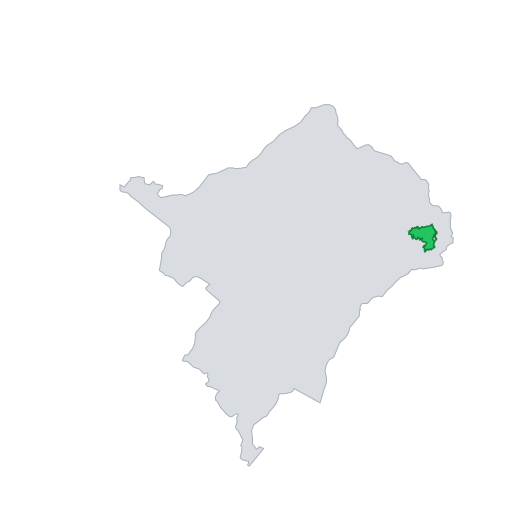 Watsa, Orientale, Democratic Republic of the Congo (highlighted), rotated 39°
{"feature_id": "63176286B47500153281287", "entity_name": "Watsa", "entity_type": "district", "adm_level": 2, "iso_a3": "COD", "parent_name": "Democratic Republic of the Congo", "parent_adm1": "Orientale", "projection": "robinson", "projection_center": [29.312, 2.77], "detail": "fine", "context": "in_parent", "style": "filled", "palette": "green", "viewbox_px": 512, "rotation_deg": 39, "n_neighbors": 0, "source": "geoboundaries", "source_scale": "gbopen_adm2", "svg_char_len": 8581}
<svg xmlns="http://www.w3.org/2000/svg" viewBox="0 0 512 512"><g transform="rotate(39 256 256)"><path d="M398.2,329.8L368.9,335.1L369.5,336.9L369.3,338.9L368.5,340.4L365.5,344.5L361.1,348.3L361.1,349.2L363.3,353.4L364.7,359.2L364.4,369.3L365.0,372.0L364.9,374.2L363.4,376.5L360.5,388.7L362.4,394.6L368.2,400.1L371.6,404.2L377.3,405.7L378.2,405.5L378.6,402.1L383.1,400.8L383.1,422.5L382.7,423.7L381.9,424.0L380.8,423.3L380.5,421.2L379.3,420.4L373.7,423.0L372.3,423.0L370.8,422.5L369.7,421.4L369.3,419.7L365.4,413.4L363.5,413.0L361.4,407.3L352.6,403.1L349.3,402.8L347.5,401.5L345.8,397.0L342.9,394.1L342.2,390.9L341.6,390.5L339.9,391.1L338.3,396.2L336.4,397.4L332.8,397.5L323.8,396.0L317.4,393.4L315.7,393.6L313.2,391.2L312.1,387.3L312.7,384.3L312.2,383.9L302.5,386.4L300.1,387.9L297.9,387.5L297.2,386.7L298.2,384.6L297.7,382.4L297.0,381.4L294.1,380.5L293.1,378.1L291.4,377.8L290.8,378.1L290.4,379.8L289.3,380.3L283.5,379.5L277.4,381.7L269.3,381.1L265.4,383.6L264.9,383.6L264.0,382.3L263.2,378.2L263.6,377.0L264.8,376.2L265.3,374.6L264.8,370.3L265.1,369.3L264.7,366.8L263.5,362.9L261.7,359.7L258.1,354.9L257.4,352.7L257.6,347.3L258.8,338.8L258.6,332.5L257.1,328.4L256.7,323.9L257.6,316.0L256.7,314.1L238.2,313.4L237.4,312.8L237.0,311.7L237.9,307.0L226.6,308.2L223.2,309.1L221.1,311.0L220.4,313.5L220.4,316.9L218.7,320.2L218.3,325.8L215.1,326.4L212.0,326.4L206.0,325.2L200.1,326.8L197.3,328.3L195.8,327.6L190.5,328.1L189.8,327.7L183.7,316.7L181.0,313.1L180.5,311.3L180.7,309.6L180.0,307.3L177.1,301.6L176.6,299.0L176.7,294.9L176.4,293.5L173.8,289.9L172.1,288.8L170.3,288.1L140.0,288.6L130.0,288.0L122.7,288.4L119.0,288.1L118.0,287.6L114.7,288.4L112.9,289.8L110.3,290.6L108.7,290.3L105.5,286.2L109.8,285.5L110.1,285.1L110.3,275.3L109.2,273.9L111.4,272.3L115.1,267.9L118.7,266.4L119.2,265.5L119.9,265.6L121.3,267.4L124.3,269.7L128.2,267.7L128.6,267.1L129.1,262.9L130.1,262.5L131.7,263.4L132.6,263.4L134.3,262.2L139.2,260.1L140.7,262.8L139.3,265.2L139.9,266.9L140.1,269.6L140.9,270.2L144.8,270.5L145.9,269.9L153.6,260.2L155.6,259.1L158.8,255.3L163.1,253.6L165.0,250.5L167.4,245.1L168.5,237.4L168.1,223.9L168.4,222.1L173.6,216.1L178.9,205.1L182.5,202.2L185.2,201.0L189.3,197.0L192.7,192.9L192.2,188.1L192.9,184.0L194.8,178.9L195.4,173.5L194.8,167.8L195.0,163.1L197.5,155.6L197.8,147.1L200.0,139.9L204.4,130.7L206.5,123.9L206.1,117.2L206.7,112.3L206.5,109.4L205.7,106.9L206.1,105.3L207.8,104.6L209.9,102.1L213.7,95.5L217.7,92.3L220.5,91.3L223.4,91.4L225.3,92.0L228.4,94.6L231.9,96.6L234.6,99.2L237.2,103.2L243.5,104.1L246.1,105.5L247.8,106.1L248.4,105.7L249.7,105.9L252.6,107.1L255.0,106.4L266.6,109.1L267.9,107.8L271.2,100.9L273.6,98.5L277.6,98.3L280.7,99.6L282.3,99.6L296.6,93.7L298.5,93.4L303.7,94.8L307.0,93.9L308.4,94.2L311.3,93.1L313.7,89.0L315.7,88.0L336.1,92.5L339.3,90.3L340.8,90.0L345.3,91.6L346.7,94.1L349.4,96.3L351.4,99.9L354.4,101.9L356.0,103.9L357.8,105.2L361.5,105.7L366.2,102.4L369.6,102.8L372.9,104.5L374.1,104.5L376.6,102.6L378.0,100.5L379.3,100.1L381.2,101.0L382.9,102.9L384.3,105.6L389.4,111.8L394.4,114.4L395.6,118.2L397.4,117.8L398.3,118.2L399.6,120.6L400.5,121.1L400.7,122.1L399.4,124.3L398.3,128.6L399.8,131.3L398.5,135.1L397.9,139.1L399.5,140.1L401.6,140.1L403.5,142.1L404.9,142.5L406.5,144.7L406.2,146.5L401.2,153.0L393.9,160.9L391.4,161.9L390.1,163.4L389.2,165.7L387.1,167.6L385.4,168.4L385.3,174.2L382.8,180.1L381.9,181.3L380.5,191.0L380.8,192.7L379.4,200.6L379.7,208.0L376.1,210.3L373.6,213.9L372.6,216.4L372.6,222.4L368.6,226.1L368.3,226.9L369.3,231.1L370.8,231.8L370.8,233.2L374.1,237.8L373.9,251.8L374.1,253.1L375.8,256.4L376.9,262.8L375.6,270.8L380.1,285.6L378.1,291.0L379.1,296.2L381.7,301.6L388.0,306.9L389.7,309.1L391.3,312.1L392.7,316.7L398.2,329.8Z" fill="#d9dde1" stroke="#a8b0b8" stroke-width="1"/><path d="M389.3,136.8L388.7,136.8L388.6,136.5L388.7,136.2L387.6,136.2L387.3,136.1L387.2,135.8L387.1,135.0L386.3,134.4L386.2,134.3L386.1,134.1L386.1,133.6L385.6,133.5L385.4,133.2L385.5,133.0L385.7,132.8L385.9,132.5L385.9,132.1L385.8,131.9L385.7,131.8L384.6,131.7L383.6,132.0L383.4,132.0L383.1,132.2L382.7,132.1L382.5,131.8L382.4,131.4L382.1,130.9L382.1,130.7L382.0,130.2L381.9,129.9L382.0,129.7L381.9,129.5L381.9,129.3L381.6,128.9L381.4,128.6L381.2,128.3L381.2,128.2L381.3,128.2L381.8,128.1L382.1,128.1L382.5,128.1L382.8,128.2L383.2,128.7L383.4,128.9L383.6,129.0L384.1,129.1L384.3,129.2L384.5,129.3L384.7,129.5L384.9,129.7L385.0,129.7L385.3,129.8L385.5,129.9L385.6,130.2L385.8,130.1L385.9,129.9L385.6,129.0L384.2,128.7L383.6,128.5L382.5,127.3L382.3,126.9L382.0,126.7L381.6,126.7L381.4,127.0L381.0,126.5L381.1,126.2L381.3,126.0L381.4,125.9L381.3,125.6L381.4,125.4L381.6,125.5L381.9,125.8L382.2,125.6L382.3,125.2L382.4,124.9L382.1,124.9L382.1,124.7L381.9,124.5L381.8,124.4L381.7,124.3L381.8,124.2L381.7,123.8L381.6,123.6L381.3,123.6L381.4,123.8L381.2,123.7L381.1,123.9L380.8,124.1L381.1,124.3L381.1,124.6L380.9,124.4L380.8,124.6L380.7,124.6L380.4,124.4L380.2,124.3L379.9,124.4L379.7,123.9L379.6,123.7L379.6,123.4L379.4,123.1L379.2,123.0L379.0,123.3L378.8,123.3L378.8,123.2L378.7,123.1L377.8,123.1L377.6,122.9L377.3,122.7L376.8,123.0L376.4,122.6L376.1,122.6L376.0,122.4L375.5,122.3L375.4,122.1L375.2,122.0L375.2,121.9L375.0,121.6L374.8,121.5L374.7,121.4L374.4,121.4L374.2,121.4L374.1,121.5L373.9,121.6L373.8,121.4L373.6,121.3L373.5,121.2L373.4,121.0L373.2,120.9L373.0,120.7L372.9,121.0L372.7,121.0L372.5,121.3L372.5,121.8L372.6,122.1L372.7,122.3L372.5,122.6L371.3,124.4L370.9,124.7L370.4,125.0L370.1,125.2L369.9,125.6L369.9,126.1L369.8,126.4L369.7,126.4L369.6,126.7L369.4,126.8L369.2,127.2L369.1,127.3L368.8,127.3L368.7,127.4L368.6,127.5L368.6,127.9L368.6,128.1L368.4,128.2L368.3,128.5L368.1,128.6L367.4,128.6L367.2,128.5L366.8,128.5L366.7,128.6L366.5,128.9L366.6,129.2L366.5,129.4L366.6,129.8L366.5,130.0L366.4,130.4L366.0,130.6L366.0,130.8L365.9,130.9L365.9,131.0L365.7,131.4L365.7,131.5L366.0,131.6L365.9,131.9L365.9,132.1L365.5,132.0L365.5,132.3L365.4,132.3L365.3,132.2L365.3,131.9L365.1,131.8L365.1,131.7L364.9,131.7L364.8,131.9L364.6,132.0L364.4,131.9L364.2,131.9L364.3,132.1L364.1,132.3L363.9,132.7L363.7,132.8L363.7,133.0L363.6,132.7L363.6,132.3L363.7,132.2L363.5,131.8L363.4,131.4L363.1,131.5L362.9,131.6L363.1,131.9L363.2,132.3L362.8,132.6L362.7,132.5L362.7,133.0L362.7,133.8L361.7,133.8L361.5,134.0L361.5,134.9L361.5,135.1L360.5,135.8L360.0,135.8L360.1,136.3L359.8,136.4L359.7,136.8L359.8,137.0L360.0,136.8L360.2,137.2L360.3,137.3L360.6,137.3L360.6,137.6L360.5,137.9L360.3,138.6L360.0,139.0L360.3,138.9L360.5,139.0L360.2,139.8L360.2,140.1L360.3,140.3L360.2,140.8L360.4,140.9L360.5,141.2L360.0,141.2L359.8,141.3L360.2,141.5L360.7,142.0L361.0,142.8L363.9,141.3L364.0,141.4L364.1,141.7L364.2,142.0L364.4,142.5L364.5,142.5L364.8,143.0L364.9,142.9L365.3,143.1L365.5,143.1L365.7,143.3L366.0,143.5L366.4,143.6L366.6,143.8L366.8,144.0L367.0,143.8L367.0,143.7L366.9,143.6L367.1,143.4L367.0,143.2L366.9,143.1L366.7,142.6L366.6,142.3L366.4,142.2L366.2,141.8L366.0,141.5L365.9,141.3L366.5,141.7L366.6,141.9L366.8,141.8L367.0,141.9L367.4,141.8L368.3,142.1L370.0,142.4L370.2,142.2L370.3,141.5L370.5,141.1L370.5,140.9L370.3,140.6L370.3,140.3L370.2,140.2L370.0,139.8L370.1,139.6L370.3,139.8L370.4,140.0L370.5,140.0L370.6,139.9L370.8,139.8L371.0,140.2L371.2,139.7L371.7,139.5L371.8,139.6L372.0,139.7L371.9,139.3L372.0,139.2L372.3,139.3L372.4,139.1L372.5,139.1L372.9,139.3L373.3,140.1L373.6,139.5L373.7,139.3L373.8,139.1L373.7,137.8L373.8,137.7L374.2,137.6L374.3,137.9L374.6,138.5L374.7,138.8L374.8,138.9L374.8,139.3L375.0,139.4L375.3,139.5L375.4,139.8L375.6,139.8L376.4,139.8L376.7,139.7L377.0,139.7L377.4,139.5L377.6,139.5L377.7,139.2L378.1,139.1L378.1,138.9L378.6,138.7L378.9,138.6L379.2,138.5L379.6,138.4L379.7,138.5L379.8,138.5L380.4,138.4L380.5,138.5L380.6,138.8L380.8,139.7L380.8,140.2L380.6,140.6L380.8,141.3L380.7,141.5L381.0,141.9L381.1,142.2L380.7,142.4L380.1,142.2L380.1,142.3L380.4,143.5L380.2,143.5L380.2,143.9L380.4,143.9L380.9,143.9L381.0,143.8L381.3,143.8L381.9,143.9L382.2,144.2L382.4,144.3L382.6,144.6L382.8,144.9L382.9,145.0L383.0,145.2L383.1,145.5L383.3,145.7L383.7,145.8L383.8,145.9L384.0,145.9L384.3,145.9L384.5,146.1L384.7,146.3L384.8,146.0L384.7,145.7L384.8,145.5L384.8,145.3L384.6,145.3L384.4,145.1L384.3,144.8L384.3,144.7L384.2,144.6L384.3,144.0L384.5,144.0L384.8,143.9L384.9,144.0L385.0,143.9L385.2,142.8L385.3,142.8L385.5,142.6L385.8,142.9L386.0,142.9L386.2,142.5L386.1,142.4L386.3,142.3L386.6,142.3L386.8,142.2L386.9,141.7L387.0,141.4L387.2,140.7L387.5,140.8L387.9,140.7L388.0,140.7L388.3,140.7L388.5,138.6L388.6,138.3L388.6,138.1L389.3,137.3L389.4,137.0L389.3,136.8Z" fill="#22c55e" stroke="#15803d" stroke-width="1.5"/></g></svg>